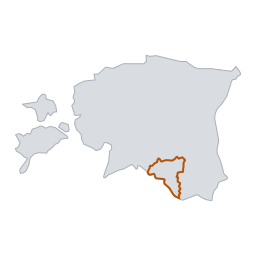 location of Valga within Estonia
{"feature_id": "EST-2349", "entity_name": "Valga", "entity_type": "County", "adm_level": 1, "iso_a3": "EST", "parent_name": "Estonia", "parent_adm1": "", "projection": "mercator", "projection_center": [26.16, 57.869], "detail": "fine", "context": "in_parent", "style": "outline", "palette": "amber", "viewbox_px": 256, "rotation_deg": 0, "n_neighbors": 0, "source": "natural_earth", "source_scale": "10m", "svg_char_len": 4045}
<svg xmlns="http://www.w3.org/2000/svg" viewBox="0 0 256 256"><path d="M212.0,200.4L211.1,200.6L206.2,199.7L200.7,197.0L198.2,195.0L195.9,195.0L193.0,196.3L182.7,200.2L180.2,199.3L174.3,195.5L171.4,191.4L164.8,183.2L164.2,181.2L163.4,179.6L156.3,177.6L153.7,174.5L151.5,174.1L148.3,172.6L140.1,166.1L138.0,165.5L137.5,166.6L137.7,168.1L137.1,169.0L136.1,169.0L134.2,166.6L131.9,164.4L124.7,168.4L122.1,169.5L119.9,169.7L108.5,174.9L105.1,177.8L103.7,177.5L104.0,174.8L108.7,161.6L109.6,151.0L111.3,149.5L111.8,148.1L111.1,144.7L106.2,142.5L104.2,142.8L102.4,146.5L100.6,149.1L96.2,150.7L92.5,147.9L83.8,144.2L81.6,139.3L81.1,134.3L76.5,129.5L74.6,123.9L75.3,119.9L79.5,117.3L80.7,115.0L75.4,115.4L74.4,114.8L74.1,112.8L71.8,105.8L73.9,103.0L74.8,100.3L73.1,98.0L73.5,95.4L74.8,92.8L74.0,86.6L79.3,83.4L84.3,81.1L95.1,79.9L94.0,74.2L98.4,74.0L105.7,67.2L113.0,68.4L123.5,63.7L143.8,63.8L146.5,61.1L146.1,58.3L146.1,55.4L149.9,56.3L156.3,55.7L180.2,61.5L186.0,61.5L194.2,67.3L198.6,68.7L211.5,68.7L231.4,71.3L235.3,67.4L235.7,66.4L237.6,68.6L240.0,72.1L240.6,74.1L239.8,75.3L237.4,76.3L236.9,77.4L235.8,79.2L233.0,79.5L231.6,80.9L229.9,86.8L226.6,96.6L221.7,104.1L217.8,108.1L216.1,111.2L215.0,115.0L214.7,118.7L218.5,139.2L218.4,142.8L217.5,146.6L216.9,150.4L217.4,153.7L219.9,159.4L222.5,167.8L223.6,173.1L225.3,175.1L227.0,176.5L227.3,177.4L227.3,178.4L226.4,179.4L218.9,182.2L217.9,184.6L217.1,187.2L213.8,191.1L212.8,194.7L212.1,198.9L212.0,200.4ZM42.7,126.4L45.2,128.1L47.5,127.6L49.9,126.4L55.1,127.5L66.8,135.9L67.9,138.1L60.9,139.1L59.3,141.7L57.6,143.5L55.6,144.0L52.2,147.6L47.7,151.1L46.7,153.1L38.4,152.7L33.9,154.0L30.2,157.9L28.7,165.2L26.0,171.0L23.3,173.0L20.5,173.4L19.8,171.2L20.0,169.1L26.0,160.9L27.3,158.3L24.3,157.1L21.8,154.3L16.3,151.0L15.4,148.3L16.7,148.1L17.9,147.3L19.3,145.1L20.0,142.5L15.6,134.9L17.9,133.8L20.6,134.0L23.5,136.2L26.6,133.7L27.9,133.3L30.1,134.2L32.3,129.2L37.5,127.5L40.1,126.0L42.7,126.4ZM53.6,112.2L50.7,115.7L48.9,114.3L48.0,112.7L44.2,120.4L40.0,121.7L37.5,120.2L37.7,117.3L35.3,109.7L31.6,107.5L26.4,107.3L22.6,104.2L37.1,102.0L38.6,98.4L41.6,94.6L43.8,94.2L45.7,95.1L46.0,98.0L46.5,99.2L53.1,100.9L55.7,105.8L56.7,111.8L53.6,112.2ZM68.6,131.3L65.7,132.0L58.6,127.1L60.2,123.8L62.3,122.5L68.3,124.5L69.1,129.6L68.6,131.3Z" fill="#d9dde1" stroke="#a8b0b8" stroke-width="1"/><path d="M150.3,174.8L149.4,174.7L148.6,174.2L147.9,173.2L147.7,172.6L147.7,172.2L148.3,170.8L148.5,170.1L148.8,169.6L149.7,168.1L149.8,167.5L149.7,166.8L149.8,166.3L150.1,165.9L151.0,165.8L151.6,165.9L152.2,165.8L152.7,165.3L153.8,164.1L155.1,163.0L157.1,162.1L157.3,161.7L157.4,161.2L157.3,160.9L157.2,160.6L157.3,160.2L157.6,159.8L158.1,159.4L158.2,159.1L158.2,158.8L158.4,158.5L158.9,158.6L159.8,159.2L160.3,160.0L160.7,160.9L161.2,161.4L162.3,161.4L163.0,161.0L166.2,160.1L172.2,160.6L172.9,160.2L173.7,159.6L174.3,159.5L174.9,158.9L176.3,157.2L176.8,156.9L177.2,156.9L177.6,157.5L178.0,157.8L178.7,158.6L179.1,158.6L179.7,158.3L180.2,158.0L182.3,157.4L182.9,157.9L183.3,158.3L184.0,158.9L184.4,159.2L185.0,160.4L184.3,161.2L184.1,161.4L183.9,162.1L183.5,163.6L183.5,164.1L183.5,164.8L183.6,166.2L183.4,167.4L183.2,168.2L183.0,171.7L178.9,172.3L177.7,172.8L177.6,173.1L177.6,173.7L177.6,174.3L177.4,175.1L177.0,175.8L176.7,176.3L176.7,176.9L177.7,177.1L178.1,177.9L177.6,179.2L177.7,179.5L177.7,181.6L178.7,182.4L179.7,182.7L180.0,183.3L180.0,183.8L179.8,184.7L179.6,185.1L179.3,185.3L179.0,185.6L179.0,185.9L179.2,186.5L179.3,187.1L179.5,187.6L180.0,187.9L180.4,188.3L180.4,188.9L180.3,189.3L179.6,190.0L178.9,191.2L179.0,191.4L179.4,192.0L180.2,192.8L180.2,193.2L180.1,193.6L179.8,193.9L179.1,194.4L178.9,194.8L178.9,195.0L179.1,195.4L179.2,195.7L179.0,197.2L179.1,198.1L176.2,196.9L175.8,196.7L174.3,195.6L173.1,194.2L169.7,188.6L168.5,187.2L164.6,183.9L164.3,183.1L164.1,181.7L164.3,181.1L164.5,180.7L164.6,180.3L164.5,179.6L164.2,179.3L163.8,179.1L156.3,178.4L155.4,177.6L154.9,176.2L154.6,174.9L154.0,173.9L153.5,173.9L153.1,174.0L151.2,174.7L150.3,174.8Z" fill="none" stroke="#b45309" stroke-width="2"/></svg>